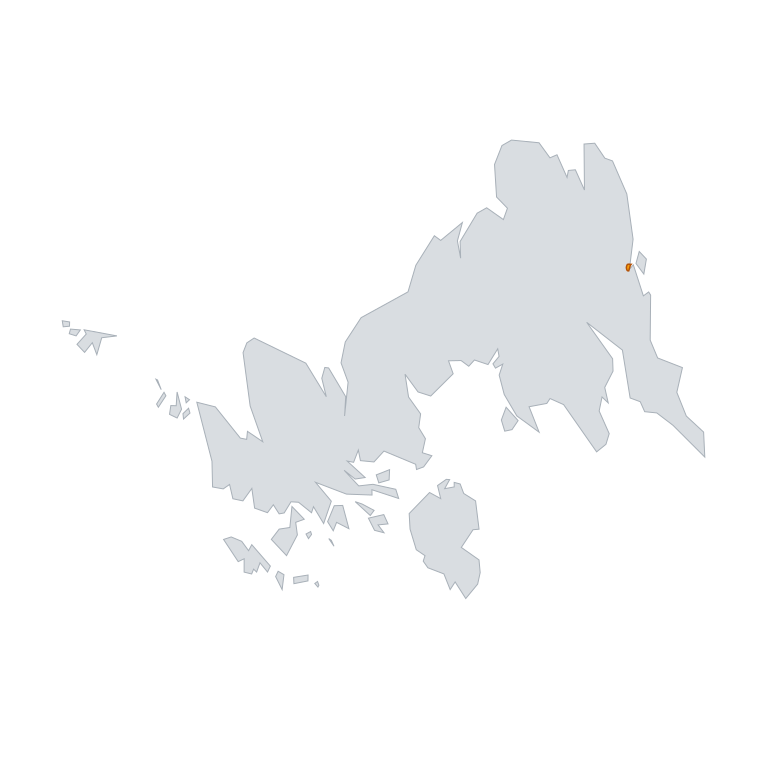 Southampton on a map of United Kingdom (Natural Earth projection), rotated 262°
{"feature_id": "GBR-2036", "entity_name": "Southampton", "entity_type": "Unitary Authority", "adm_level": 1, "iso_a3": "GBR", "parent_name": "United Kingdom", "parent_adm1": "", "projection": "natural_earth1", "projection_center": [-1.363, 50.901], "detail": "fine", "context": "in_parent", "style": "filled", "palette": "amber", "viewbox_px": 768, "rotation_deg": 262, "n_neighbors": 0, "source": "natural_earth", "source_scale": "10m", "svg_char_len": 4008}
<svg xmlns="http://www.w3.org/2000/svg" viewBox="0 0 768 768"><g transform="rotate(262 384 384)"><path d="M416.9,593.3L377.2,613.9L364.9,612.6L349.9,602.1L334.1,603.4L340.8,598.1L327.3,593.3L303.5,600.1L293.4,595.4L287.2,585.1L338.6,559.0L346.5,546.4L342.1,542.5L341.3,524.5L314.7,530.9L333.9,511.1L356.9,501.6L376.8,499.3L387.2,504.4L384.2,496.6L388.8,494.7L395.3,501.8L403.0,501.5L388.8,489.7L395.2,476.9L389.8,470.4L396.5,463.6L398.0,451.1L384.5,453.9L365.6,428.6L371.4,416.6L390.8,406.2L367.7,406.5L349.3,416.1L336.0,412.3L324.1,417.4L310.6,412.4L306.3,421.4L296.4,411.7L294.8,404.3L300.1,404.2L317.6,374.6L308.2,363.2L311.4,350.0L322.2,349.4L310.7,343.0L312.8,336.8L294.0,352.3L293.9,342.2L304.1,332.5L286.6,344.8L286.2,359.1L278.1,381.0L268.6,382.6L281.0,357.3L275.7,356.7L280.2,331.5L296.2,302.5L275.3,315.5L254.2,304.8L272.3,297.1L266.6,294.3L278.8,282.9L280.3,275.5L270.2,267.2L270.0,262.1L279.8,257.6L272.8,250.7L279.1,238.6L299.0,238.6L287.9,228.0L291.4,218.4L306.0,217.1L302.5,210.2L305.9,199.9L331.4,202.9L392.0,196.1L384.8,213.8L350.4,234.2L348.3,240.3L356.1,242.2L343.7,255.9L380.9,248.4L434.7,248.8L443.8,253.9L447.6,261.8L415.5,309.5L379.4,325.1L398.3,323.2L408.6,327.7L407.6,331.4L376.8,344.3L357.8,340.5L390.8,348.7L410.9,344.4L431.0,351.5L452.9,370.6L471.9,420.6L497.2,432.1L523.8,454.5L518.3,460.1L533.0,484.1L515.5,476.6L497.9,477.4L514.5,479.2L540.2,500.0L544.2,510.2L530.2,525.1L540.9,530.7L553.5,521.5L586.0,524.0L603.7,534.0L607.8,544.2L601.3,571.1L584.9,579.8L586.9,587.2L563.1,594.0L569.8,596.3L569.5,603.3L548.2,609.5L593.8,615.5L593.1,626.2L576.9,634.1L573.1,641.3L538.4,650.9L492.7,650.8L463.5,643.0L467.3,647.5L435.2,653.1L438.3,658.9L434.9,660.4L390.4,653.7L371.7,658.6L358.7,681.8L335.0,672.8L310.2,678.9L291.9,693.8L267.0,691.5L302.8,664.5L317.4,650.1L320.3,638.3L330.8,635.3L335.9,625.8L384.4,624.8L416.9,593.3ZM255.5,458.4L227.0,457.9L227.3,451.9L211.4,437.8L196.6,453.6L183.9,453.0L172.8,448.9L160.2,435.1L178.1,426.9L171.2,420.9L187.6,416.9L195.9,401.9L203.1,398.2L208.3,400.7L215.4,392.9L236.7,389.6L252.2,390.9L270.2,414.0L262.6,424.2L276.0,422.9L280.9,432.4L280.2,435.7L271.9,429.5L272.3,439.2L276.8,439.8L274.4,445.5L264.5,447.7L255.5,458.4ZM253.8,211.4L248.0,221.2L237.8,226.7L243.3,230.7L219.5,246.1L214.0,242.5L224.2,236.3L215.5,231.7L218.8,229.1L214.3,226.5L217.2,219.3L230.4,221.2L228.4,214.9L252.4,203.5L253.8,211.4ZM254.9,260.0L255.0,270.8L275.5,275.8L261.2,286.2L259.3,277.3L246.6,277.2L227.6,263.6L245.8,250.8L254.9,260.0ZM466.0,85.5L474.9,96.1L479.4,94.6L468.8,126.2L469.1,110.9L453.0,103.7L465.5,100.9L457.0,91.9L466.0,85.5ZM269.5,326.2L245.6,329.1L253.6,317.8L245.7,313.3L255.5,309.0L270.4,317.8L269.5,326.2ZM332.0,495.2L344.0,501.7L329.1,511.7L321.0,504.4L320.5,497.0L332.0,495.2ZM253.3,349.9L254.7,365.6L244.9,368.5L245.3,358.5L236.7,363.3L240.4,354.3L253.3,349.9ZM392.3,169.9L391.4,175.2L404.9,178.0L387.2,180.0L379.1,174.4L383.8,167.4L392.3,169.9ZM298.4,377.6L288.3,375.7L286.8,365.1L295.1,363.7L298.4,377.6ZM479.7,655.2L471.2,661.2L456.7,656.6L468.3,650.3L479.7,655.2ZM260.2,356.6L255.7,352.1L271.5,339.1L268.2,345.6L260.2,356.6ZM208.4,249.9L213.3,253.1L209.1,258.4L194.6,254.5L208.4,249.9ZM205.4,282.2L199.6,281.3L198.8,267.0L205.1,267.6L205.4,282.2ZM479.8,90.8L474.5,85.8L477.6,79.3L482.0,81.2L479.8,90.8ZM406.4,165.0L402.7,166.4L392.4,157.3L395.8,156.0L406.4,165.0ZM387.2,187.1L382.2,187.8L377.2,180.6L382.6,180.8L387.2,187.1ZM491.4,74.2L489.2,81.3L485.0,80.6L485.3,74.3L491.4,74.2ZM419.5,160.3L409.4,162.6L420.5,158.8L419.5,160.3ZM248.1,290.8L245.1,291.3L241.4,287.7L246.3,285.9L248.1,290.8ZM399.0,185.2L395.5,189.2L392.9,185.5L399.0,185.2ZM236.5,310.1L230.3,311.9L238.6,307.8L236.5,310.1ZM197.7,290.7L193.8,291.5L192.1,290.3L196.1,287.7L197.7,290.7Z" fill="#d9dde1" stroke="#a8b0b8" stroke-width="1"/><path d="M468.1,645.4L467.1,644.4L462.0,642.1L462.1,641.3L462.4,640.8L463.1,640.4L464.3,640.2L465.7,640.2L467.1,640.7L468.5,641.6L468.6,642.3L468.6,643.3L468.2,644.6L468.1,645.4Z" fill="#f59e0b" stroke="#b45309" stroke-width="1.5"/></g></svg>